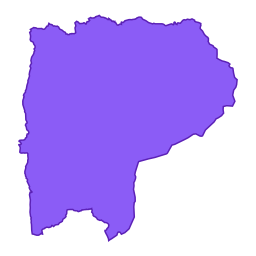 Pakokku, Magway, Myanmar (orthographic projection)
{"feature_id": "60261553B95135707926293", "entity_name": "Pakokku", "entity_type": "district", "adm_level": 2, "iso_a3": "MMR", "parent_name": "Myanmar", "parent_adm1": "Magway", "projection": "orthographic", "projection_center": [94.664, 21.355], "detail": "fine", "context": "isolated", "style": "filled", "palette": "violet", "viewbox_px": 256, "rotation_deg": 0, "n_neighbors": 0, "source": "geoboundaries", "source_scale": "gbopen_adm2", "svg_char_len": 5551}
<svg xmlns="http://www.w3.org/2000/svg" viewBox="0 0 256 256"><path d="M32.3,234.0L33.6,234.2L34.9,234.7L36.7,235.2L38.3,235.2L39.4,234.8L41.3,233.3L42.1,234.1L42.6,234.1L41.8,230.4L42.5,229.3L44.6,228.5L44.6,228.2L46.6,227.2L47.9,227.3L48.9,227.6L49.5,227.3L50.8,227.0L51.5,226.2L51.7,225.5L52.3,225.5L53.6,226.5L55.3,224.9L58.3,224.5L59.5,222.8L60.9,222.2L62.3,221.3L62.9,219.3L64.8,217.9L66.0,216.6L65.7,215.2L66.5,214.1L66.8,213.0L66.7,212.0L67.0,210.1L67.7,209.7L69.9,209.5L72.9,209.5L74.1,210.6L75.0,210.6L75.5,210.8L77.1,210.8L78.2,211.6L79.9,211.2L80.2,210.8L81.4,210.7L82.0,209.8L82.6,209.8L82.8,210.0L84.0,209.7L85.6,209.6L86.1,209.3L86.4,209.3L86.5,209.5L88.9,209.4L89.1,209.3L89.1,209.1L90.4,209.1L90.5,208.9L91.4,208.6L91.3,209.0L91.8,209.1L91.9,209.8L92.2,210.2L91.7,212.2L92.5,212.9L93.1,214.4L93.1,215.4L93.7,216.1L95.6,217.0L96.9,218.3L97.5,219.4L100.0,220.4L101.5,220.1L102.4,221.0L103.2,221.3L104.5,222.5L106.2,222.6L107.6,223.3L108.4,224.1L108.8,224.9L108.4,227.2L106.9,228.7L106.7,229.6L105.5,230.5L105.0,230.5L105.0,231.4L106.1,233.7L107.2,235.7L108.5,238.8L108.7,240.6L110.2,239.5L111.5,238.8L116.9,235.1L117.5,233.1L118.2,232.1L119.8,232.1L120.2,232.5L121.4,234.2L124.9,232.6L125.8,231.7L126.6,231.2L127.0,230.6L128.2,229.6L128.5,229.5L128.6,229.2L129.2,228.6L129.8,227.1L134.3,217.0L133.8,206.9L134.2,202.6L135.1,201.5L135.2,200.6L135.1,197.1L133.5,189.3L134.0,185.9L133.8,182.6L134.6,181.2L135.5,178.6L135.7,176.8L134.8,174.7L135.3,172.0L138.4,162.1L138.9,161.5L148.3,158.9L155.0,157.4L166.6,153.8L167.4,153.1L171.9,145.1L174.8,144.3L184.4,139.6L188.1,137.7L193.3,134.2L195.9,133.9L199.9,136.0L201.3,136.2L202.5,135.9L205.4,130.0L214.1,121.9L216.1,118.8L218.1,117.9L221.8,115.5L221.9,115.1L223.6,113.2L223.1,109.6L223.3,106.5L226.7,105.7L232.5,106.1L234.9,101.3L232.7,95.2L233.7,90.1L235.8,87.3L236.6,84.7L237.1,79.6L236.5,79.2L234.6,77.4L233.6,73.2L232.9,68.4L232.5,68.0L230.7,67.7L229.4,66.6L229.0,65.8L229.9,64.1L228.1,62.7L224.2,61.4L222.3,61.0L218.1,59.0L217.8,58.6L216.9,58.2L217.1,54.2L217.0,49.5L216.6,49.0L213.6,46.9L213.0,45.7L209.5,44.1L208.1,41.2L208.4,40.7L208.4,38.4L207.7,37.3L206.3,36.4L204.4,34.5L202.5,31.0L200.5,29.0L200.2,28.5L200.3,27.1L200.9,25.3L200.7,24.2L200.8,23.5L198.6,22.5L195.9,21.9L194.8,21.4L194.6,20.2L192.0,18.9L190.0,19.7L187.4,19.2L186.1,19.8L185.3,20.0L184.2,19.7L183.3,20.0L182.5,20.7L180.4,23.2L180.1,23.3L178.5,22.9L177.5,23.0L177.1,23.7L177.0,24.5L176.1,24.2L175.6,23.5L175.1,22.3L174.5,22.1L174.0,22.5L173.8,24.4L173.5,24.7L172.8,24.6L171.9,23.9L170.8,24.0L165.9,25.7L164.9,25.4L164.1,24.6L162.9,24.0L161.8,23.8L155.2,23.8L153.8,23.3L152.7,23.9L148.6,22.6L145.9,20.7L142.7,19.2L141.5,17.5L141.0,17.2L139.0,17.1L136.9,17.9L136.8,18.2L135.8,18.8L135.3,18.9L135.3,19.1L134.6,19.3L132.8,19.4L132.0,19.7L129.1,19.6L125.0,20.7L124.9,21.0L124.7,21.0L123.6,22.2L122.9,22.6L121.8,22.1L121.4,22.1L121.2,22.6L121.4,24.3L120.7,24.0L119.7,24.2L118.1,25.2L117.2,25.0L116.0,23.3L115.6,22.4L114.8,22.3L114.7,21.5L114.3,21.8L114.1,21.6L113.5,21.6L113.4,21.3L113.1,21.5L112.0,21.4L111.6,20.9L111.8,20.7L110.8,19.9L110.1,19.8L110.1,19.6L109.6,19.3L109.5,18.9L109.1,18.9L108.9,18.7L108.9,19.1L108.3,19.3L108.3,19.5L107.9,19.5L107.8,19.2L107.1,19.0L106.6,18.5L105.2,18.0L105.1,17.8L104.5,17.8L104.4,17.6L102.9,17.2L102.0,17.3L101.2,17.2L99.2,15.4L98.2,16.0L97.2,16.2L96.6,16.4L96.5,16.6L95.6,16.7L95.3,17.2L94.8,17.6L94.1,17.7L93.9,18.0L91.4,18.0L91.0,17.6L90.6,17.5L90.3,17.8L89.2,18.2L88.9,18.8L88.6,18.9L89.4,20.0L89.1,20.0L89.2,20.8L88.5,21.6L87.1,21.6L86.1,24.0L85.6,24.0L84.6,22.9L83.5,22.9L83.3,23.2L82.8,23.4L79.6,23.6L78.1,22.0L76.6,21.3L74.9,22.9L75.7,25.1L75.7,26.2L75.0,27.9L75.7,32.6L75.6,32.9L74.2,33.7L72.8,33.6L71.8,33.8L71.7,33.6L71.3,33.8L70.0,33.8L69.4,34.5L67.8,34.6L67.2,34.0L66.0,34.1L65.7,33.0L65.1,32.2L63.8,31.7L62.3,30.3L59.6,29.0L58.6,27.0L57.2,26.1L56.1,26.4L54.4,25.9L53.7,26.1L53.2,25.9L52.2,24.8L51.3,24.7L51.1,24.4L49.4,24.2L49.2,23.5L48.9,23.3L48.0,26.0L46.6,26.3L46.3,27.1L44.6,29.1L43.6,29.3L42.4,29.0L41.8,28.5L37.4,28.6L35.8,27.8L34.5,27.8L33.9,27.5L30.4,29.4L31.0,30.1L31.0,31.1L30.6,31.7L29.7,32.3L30.5,35.2L30.6,36.8L30.2,39.7L30.8,41.0L33.0,42.1L33.3,42.5L33.7,44.0L34.8,45.6L35.1,46.4L35.1,47.3L34.9,48.1L34.1,48.8L34.3,49.7L34.7,50.3L34.7,50.9L34.1,51.7L33.9,53.2L33.5,54.2L31.7,57.1L31.4,58.2L30.9,60.5L31.5,63.2L30.2,65.6L30.0,66.7L30.6,67.3L30.8,68.2L29.7,71.6L29.3,73.8L29.2,74.5L29.4,75.1L29.4,76.5L27.9,80.7L28.0,82.1L27.0,85.2L26.3,89.2L25.4,90.8L25.5,92.2L24.4,93.4L23.6,94.9L23.5,95.7L24.0,96.1L23.9,97.3L23.7,97.4L23.6,98.4L23.1,99.6L22.8,101.1L22.9,104.7L24.8,110.8L24.6,111.7L25.6,113.4L25.9,120.0L26.3,120.5L27.1,122.2L26.9,123.2L26.2,123.4L25.4,125.1L26.2,126.8L26.7,129.3L27.1,130.1L27.8,130.4L28.5,131.5L28.8,132.4L28.5,133.7L28.3,133.9L27.2,134.0L26.6,136.0L26.8,136.8L26.4,137.6L25.5,138.0L24.9,139.5L23.5,140.1L20.6,140.2L19.6,140.4L19.0,141.1L19.3,141.6L20.2,141.9L21.3,143.7L21.0,144.2L20.4,144.7L19.4,144.5L18.9,144.6L19.0,145.2L19.7,146.1L20.0,146.8L20.3,147.9L19.8,152.1L20.2,152.6L20.6,152.9L21.6,153.1L23.4,152.9L24.8,153.1L26.4,152.9L27.3,153.0L27.9,153.9L27.8,155.5L28.2,159.1L27.8,159.9L27.7,162.5L25.6,166.6L25.8,167.5L25.6,168.7L24.9,171.3L24.9,173.5L25.3,174.2L25.6,176.2L26.2,177.1L26.2,178.4L27.2,179.0L27.6,179.9L27.1,181.3L29.6,186.6L29.2,187.8L30.1,189.8L32.0,192.0L31.6,192.3L30.9,192.6L30.2,192.2L29.9,192.9L29.5,194.8L30.4,200.0L30.1,204.6L30.3,207.8L30.0,212.1L30.5,216.2L31.3,217.9L30.9,218.8L31.3,220.9L31.1,222.2L31.5,224.5L31.7,230.0L32.1,233.1L32.3,234.0Z" fill="#8b5cf6" stroke="#5b21b6" stroke-width="1.5"/></svg>